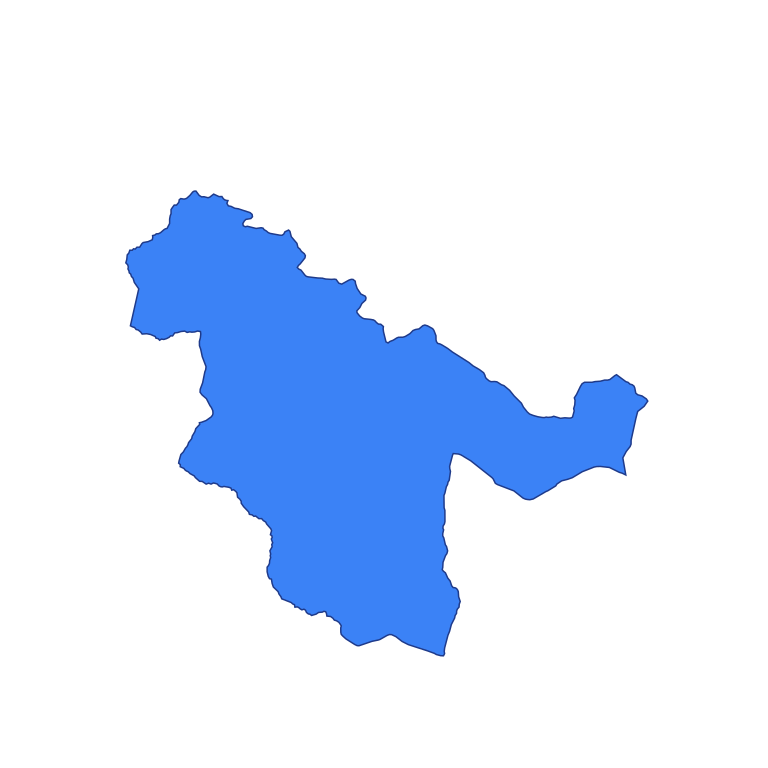 the district of Matungu, Western, Kenya, rotated 239°
{"feature_id": "3690345B16104785008484", "entity_name": "Matungu", "entity_type": "district", "adm_level": 2, "iso_a3": "KEN", "parent_name": "Kenya", "parent_adm1": "Western", "projection": "orthographic", "projection_center": [34.459, 0.384], "detail": "fine", "context": "isolated", "style": "filled", "palette": "blue", "viewbox_px": 768, "rotation_deg": 239, "n_neighbors": 0, "source": "geoboundaries", "source_scale": "gbopen_adm2", "svg_char_len": 6171}
<svg xmlns="http://www.w3.org/2000/svg" viewBox="0 0 768 768"><g transform="rotate(239 384 384)"><path d="M222.9,202.7L221.7,207.3L221.9,210.2L220.2,213.7L220.1,215.4L218.9,216.7L216.9,216.5L214.5,215.5L212.2,218.5L209.5,219.6L207.2,219.8L205.6,221.3L203.0,222.6L200.5,222.8L198.7,222.8L197.2,221.3L193.4,219.1L191.4,218.4L189.0,218.9L185.1,220.1L175.9,224.7L173.6,226.2L172.5,227.8L169.6,241.2L167.4,247.5L167.1,249.1L166.9,257.1L166.5,259.5L165.3,261.4L161.3,264.1L154.0,266.9L148.1,270.6L132.8,283.9L127.1,288.5L125.2,289.5L121.8,292.8L120.4,295.0L121.7,297.1L123.8,297.9L126.6,300.1L135.6,309.3L138.3,312.9L143.1,317.8L147.0,324.0L148.9,325.7L150.0,328.0L152.1,329.4L153.3,331.0L154.1,333.4L156.5,335.1L158.3,337.3L163.2,338.4L167.7,340.7L169.3,341.0L171.4,340.8L172.8,339.9L173.9,338.4L176.2,338.1L181.1,339.2L184.8,338.7L190.5,339.4L193.0,338.5L194.9,338.3L196.4,339.8L200.8,342.8L205.2,348.3L206.2,350.5L208.2,352.6L212.5,353.9L214.6,353.8L221.3,356.0L223.5,356.1L225.5,357.3L228.3,360.0L230.0,360.2L231.8,361.5L233.0,363.8L234.7,365.4L244.3,371.1L247.0,371.8L257.6,378.0L259.2,380.1L263.8,384.5L265.1,386.7L266.9,388.3L267.9,390.3L274.9,396.0L277.4,396.7L279.7,397.9L287.6,406.0L288.7,407.5L285.7,411.7L283.7,413.4L273.5,418.8L248.3,428.3L246.5,428.7L241.5,428.3L239.3,429.5L225.5,440.3L214.6,444.4L212.5,445.9L211.1,447.5L209.7,449.4L208.6,452.7L208.4,467.4L208.1,469.3L208.2,478.7L209.2,480.7L209.5,486.4L207.7,492.4L206.7,497.2L206.7,508.8L204.6,521.3L203.7,523.8L201.9,527.0L196.4,534.2L187.1,540.2L184.9,542.2L181.5,544.4L197.7,550.7L201.4,556.9L203.6,562.7L205.2,564.8L208.6,566.9L224.7,582.1L229.8,587.3L230.9,595.5L233.5,601.3L236.1,601.2L240.9,599.0L244.0,596.0L246.5,595.1L251.4,596.9L253.4,597.2L255.5,596.4L257.2,594.8L259.8,594.0L261.3,592.6L272.2,588.1L272.3,586.2L271.5,579.9L272.2,577.6L273.7,575.2L275.0,570.8L277.4,566.1L278.3,563.3L282.2,556.8L282.2,553.9L280.7,551.0L275.9,543.7L274.1,540.0L271.7,539.4L267.9,536.8L265.2,533.9L263.0,533.2L258.5,528.5L258.6,526.8L259.3,525.3L261.9,521.6L263.7,517.6L268.9,512.9L269.4,510.5L270.9,507.4L272.1,506.0L272.7,504.0L273.9,502.3L276.7,499.0L280.1,495.8L283.3,493.3L286.2,492.4L292.3,491.6L296.8,491.9L306.7,489.4L313.9,488.4L320.8,486.0L322.9,484.3L327.7,481.9L329.1,480.2L330.9,476.9L332.6,475.7L336.1,474.5L337.9,474.5L339.5,475.0L342.3,475.2L347.0,473.3L353.8,469.6L358.6,467.9L376.2,459.1L381.7,456.9L387.8,453.7L389.5,452.6L391.2,450.9L393.3,450.8L395.0,451.3L398.6,453.4L404.3,454.4L406.4,454.2L411.4,451.3L413.5,449.4L414.0,447.3L413.2,442.4L414.5,439.0L414.9,436.4L413.8,432.2L413.8,426.7L414.4,424.2L416.6,420.5L416.9,418.7L416.8,414.4L417.4,411.1L417.1,408.6L419.1,407.4L428.8,410.4L431.8,411.7L433.6,413.1L436.9,412.0L438.2,410.1L440.6,409.2L442.8,408.8L444.3,408.0L446.1,406.0L450.1,400.7L451.6,399.5L454.8,398.2L459.0,397.6L460.7,398.4L462.0,402.7L464.4,406.5L465.4,411.4L467.0,412.9L468.8,413.2L473.1,410.5L479.7,410.2L484.7,411.3L487.0,412.3L489.6,411.3L490.6,409.8L491.1,407.6L491.4,399.2L493.7,397.2L498.3,396.8L499.4,395.5L500.7,392.9L504.0,388.1L506.5,385.6L509.0,381.8L514.8,374.3L516.2,372.9L518.0,372.3L524.4,371.5L526.5,370.1L528.6,369.7L529.7,371.8L530.1,374.0L532.8,381.2L534.5,382.7L536.7,382.8L540.3,381.5L543.1,381.4L545.4,380.6L549.4,381.8L558.0,380.4L563.3,382.0L565.1,381.5L565.5,377.5L564.1,375.2L564.0,373.2L565.1,371.5L571.8,363.9L573.5,362.7L575.7,362.0L578.1,360.7L579.9,360.6L581.2,359.2L583.2,354.5L589.6,348.1L590.2,346.1L592.1,344.9L594.2,345.6L595.7,348.3L596.2,350.4L594.4,355.1L595.1,357.4L597.3,358.3L599.8,357.5L609.2,349.4L611.5,346.6L615.0,344.4L616.9,342.3L619.8,342.4L621.6,344.7L622.6,343.4L624.1,342.2L625.7,341.7L628.2,341.6L629.6,339.1L634.5,335.8L633.9,330.8L634.3,329.1L637.2,326.2L638.4,324.0L640.9,322.7L646.2,322.2L647.1,320.6L647.1,318.9L645.6,314.7L644.8,310.3L645.4,307.9L647.6,305.3L647.4,303.4L645.4,301.7L644.2,298.3L645.4,296.3L644.3,293.6L643.2,291.3L639.7,289.2L638.3,287.4L635.8,285.2L632.0,282.9L629.1,278.2L629.6,276.5L629.6,274.9L628.8,270.4L629.0,268.1L630.0,266.1L629.7,264.3L630.4,262.1L628.8,261.3L627.0,259.7L627.5,255.2L629.3,250.4L629.0,248.8L627.1,245.0L628.5,242.7L627.8,240.3L628.9,238.9L628.3,237.1L629.6,235.0L627.7,232.8L626.9,230.4L623.3,227.7L620.8,225.1L618.1,225.7L616.0,225.1L614.5,223.8L612.2,223.6L610.5,222.9L608.7,223.5L606.2,222.9L603.9,223.4L599.7,222.3L591.9,222.8L564.5,196.6L562.7,197.7L560.9,199.3L558.4,199.6L556.9,201.1L553.8,202.2L551.4,202.4L549.3,206.5L546.7,209.4L542.5,212.4L540.8,212.1L539.1,213.8L537.1,214.2L537.1,216.4L535.6,218.2L534.9,221.0L534.7,223.9L535.2,225.8L534.1,227.6L535.6,230.9L534.4,233.5L533.6,236.9L532.0,240.4L529.6,241.8L528.8,244.3L527.4,246.0L526.1,248.6L525.4,251.5L523.5,253.7L521.2,252.7L518.2,250.4L515.6,247.7L511.8,245.5L508.3,244.8L501.0,242.3L490.5,240.4L488.1,238.5L486.7,236.7L478.4,229.1L474.2,223.8L471.7,222.1L468.4,222.4L462.9,224.2L455.0,223.7L452.6,223.9L449.3,223.5L446.9,222.3L445.7,221.1L444.8,219.0L444.3,212.7L445.2,207.9L445.9,205.8L444.3,205.2L442.7,199.7L440.6,197.4L438.1,192.8L436.2,191.0L434.4,186.3L432.9,184.6L431.8,182.8L431.2,180.7L429.1,177.0L428.2,173.6L423.8,168.9L421.9,167.2L419.8,167.9L418.1,166.7L414.7,169.0L412.8,169.2L411.3,169.8L409.6,171.0L407.1,171.6L403.0,174.0L401.0,174.1L395.6,175.8L394.1,178.0L389.8,180.0L389.3,182.6L387.3,184.2L387.0,186.8L385.6,188.3L384.1,189.6L381.8,190.0L380.2,191.0L379.1,192.3L378.6,194.1L375.4,197.8L373.6,199.2L371.4,198.8L370.9,200.6L368.4,201.6L366.5,201.9L362.4,200.2L359.5,201.1L357.1,201.2L355.3,200.2L351.1,200.5L344.0,202.1L341.6,201.5L339.7,203.6L337.6,204.3L336.9,206.0L333.0,207.4L331.6,209.8L329.1,210.2L326.6,211.5L324.5,211.3L318.2,212.4L316.2,212.1L313.3,209.0L311.7,209.7L310.0,209.1L309.2,207.6L305.2,206.8L304.2,205.1L302.1,204.3L299.8,200.3L296.6,199.3L295.5,198.1L293.5,197.4L291.6,195.1L289.3,193.5L287.9,191.5L287.2,189.5L283.2,187.1L278.7,185.7L276.1,185.6L274.7,187.0L270.7,185.4L267.0,184.6L260.6,186.3L257.9,185.8L254.9,186.1L252.5,185.7L244.5,191.9L242.4,192.5L241.0,193.6L238.6,192.7L237.6,194.9L236.2,195.8L234.3,196.4L232.7,197.3L232.2,199.4L230.6,200.2L228.1,199.9L225.9,200.7L224.8,202.0L222.9,202.7Z" fill="#3b82f6" stroke="#1e3a8a" stroke-width="1.5"/></g></svg>